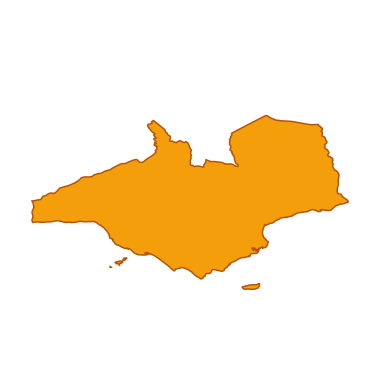 Salima, Salima, Malawi (Equal Earth projection), rotated 100°
{"feature_id": "42251766B16377643813547", "entity_name": "Salima", "entity_type": "district", "adm_level": 2, "iso_a3": "MWI", "parent_name": "Malawi", "parent_adm1": "Salima", "projection": "equal_earth", "projection_center": [34.375, -13.765], "detail": "fine", "context": "isolated", "style": "filled", "palette": "amber", "viewbox_px": 384, "rotation_deg": 100, "n_neighbors": 0, "source": "geoboundaries", "source_scale": "gbopen_adm2", "svg_char_len": 6080}
<svg xmlns="http://www.w3.org/2000/svg" viewBox="0 0 384 384"><g transform="rotate(100 192 192)"><path d="M249.7,343.8L248.4,339.8L247.8,333.5L246.7,330.0L245.7,325.1L244.3,322.0L243.5,318.4L243.8,316.0L243.5,315.6L243.9,313.5L243.9,310.6L243.0,308.0L243.0,305.1L242.1,301.9L240.2,297.0L240.0,292.5L239.0,288.3L238.1,283.3L238.2,282.6L238.7,280.7L240.2,278.0L240.9,275.6L242.7,272.3L245.6,268.7L247.9,266.6L249.9,265.5L251.6,264.9L252.0,264.1L251.8,263.1L252.2,261.9L252.4,261.6L252.9,262.0L253.3,261.5L253.8,261.5L254.5,260.1L255.9,259.2L257.1,257.1L257.1,255.6L257.7,253.4L258.6,251.5L258.5,250.5L259.1,249.3L259.0,246.0L259.3,245.0L259.1,245.0L258.8,246.0L258.6,246.1L258.5,245.8L259.0,244.1L258.8,243.2L261.9,238.5L262.5,236.9L263.1,234.2L262.5,228.7L261.8,225.8L260.5,223.6L260.1,223.4L259.6,224.6L260.0,224.9L259.9,225.6L260.2,226.3L260.1,226.6L259.6,226.1L260.2,227.3L260.3,227.5L260.0,227.5L259.4,226.4L259.5,224.1L260.1,223.0L260.6,220.1L261.3,217.8L263.0,213.8L269.6,201.1L270.6,200.0L272.7,196.3L272.5,195.3L271.0,194.9L270.6,194.5L270.2,193.1L269.2,191.3L269.0,190.2L268.1,188.9L268.2,186.8L269.0,182.7L270.9,178.3L273.4,174.6L274.5,172.3L274.7,170.7L276.0,168.2L275.6,167.0L275.0,166.3L273.7,166.0L273.3,165.3L272.8,165.1L272.6,164.5L271.9,164.7L270.0,164.0L268.9,160.1L267.3,159.1L265.4,158.8L264.8,158.3L264.6,157.0L264.9,150.1L264.8,148.6L264.4,147.7L263.7,146.8L261.6,146.3L260.1,144.4L259.1,144.2L256.8,142.1L256.1,141.8L256.7,142.6L256.7,142.9L256.2,142.7L253.8,139.9L253.5,139.0L251.7,136.5L249.6,134.2L248.1,131.6L247.7,130.7L247.6,129.6L246.5,127.3L245.5,124.1L245.3,124.0L245.4,124.6L245.0,124.9L244.8,124.3L243.2,123.5L242.4,122.6L241.0,117.4L239.1,116.2L237.1,116.0L237.0,116.3L237.4,116.6L238.6,117.2L238.9,118.6L238.8,118.9L238.6,118.9L237.8,119.5L237.7,120.2L237.9,120.3L237.8,120.8L237.9,121.3L238.5,121.0L238.7,121.5L238.1,122.3L237.3,121.0L237.1,121.0L237.0,121.3L237.4,121.6L237.4,122.6L236.8,123.8L236.8,122.5L236.2,121.1L236.4,120.6L237.8,119.2L237.3,117.6L235.6,116.1L235.5,114.9L233.8,113.3L233.9,113.0L235.1,112.6L234.4,111.7L233.9,109.9L231.6,108.7L227.8,108.3L227.5,108.4L227.0,110.1L226.6,110.5L226.1,110.6L225.5,111.8L225.0,112.1L224.9,112.7L224.1,113.5L221.8,114.9L219.7,115.6L216.2,115.6L213.7,115.0L212.2,115.0L211.5,114.4L212.2,114.0L212.3,113.7L210.9,112.1L210.6,111.3L209.5,109.9L208.6,107.5L207.4,106.0L205.9,105.0L204.8,103.1L202.1,99.8L200.9,96.4L200.5,94.2L199.8,93.2L199.5,92.1L198.6,90.4L198.3,89.2L197.7,88.8L194.8,85.2L194.1,83.8L191.1,74.5L189.1,71.9L188.4,70.5L188.5,67.4L189.4,64.0L188.4,61.7L187.7,61.2L187.2,62.0L186.8,61.3L186.8,56.4L186.3,52.8L185.2,51.6L180.9,48.2L178.4,44.2L177.2,40.6L175.6,38.0L175.0,36.0L175.0,36.8L174.6,36.5L173.2,37.3L170.7,42.5L168.4,45.0L168.2,47.5L167.4,48.8L166.4,49.2L163.1,49.5L158.7,49.1L155.9,49.9L154.4,50.0L154.2,50.3L152.4,50.0L149.5,50.2L148.1,51.1L146.7,52.5L145.9,53.8L145.5,55.4L143.2,57.6L141.9,58.0L139.9,57.8L138.0,59.2L136.2,58.7L135.1,59.1L134.1,60.1L134.0,60.7L134.2,61.3L133.2,62.1L132.9,63.9L132.6,64.4L131.5,64.8L130.3,64.0L129.2,64.0L126.7,66.2L126.3,68.3L125.4,68.8L124.0,68.9L122.3,69.5L120.2,67.8L118.9,67.9L117.6,69.3L115.4,70.5L114.7,71.6L114.0,73.9L112.3,73.7L110.7,74.1L109.9,75.3L109.1,75.1L108.8,74.5L106.5,74.8L106.5,76.0L105.2,76.9L104.9,78.7L103.6,79.1L105.2,87.1L105.2,106.3L106.3,115.6L106.6,121.9L105.3,127.7L103.8,131.4L103.9,132.2L104.7,133.8L126.8,162.7L127.5,163.2L128.8,162.6L130.8,163.5L132.4,163.3L133.8,164.2L135.2,163.5L136.1,163.7L138.4,163.3L139.7,162.0L140.8,161.6L143.9,161.9L145.5,159.5L146.6,159.7L147.0,158.9L149.5,157.3L150.7,156.1L152.3,155.9L155.9,154.0L156.6,153.4L156.8,152.1L157.1,151.5L157.9,151.1L158.4,151.2L159.0,151.8L158.9,153.4L158.8,154.3L157.9,156.1L157.6,157.8L157.8,159.8L158.6,163.3L157.7,168.3L158.1,175.3L158.8,178.5L157.8,183.8L160.1,183.6L163.0,184.9L165.4,184.8L165.6,185.9L165.3,189.4L165.9,192.8L166.6,193.7L166.6,194.4L166.4,194.9L165.6,195.6L165.9,196.8L165.5,198.4L163.5,198.6L161.7,199.3L159.1,198.7L157.7,199.3L156.1,198.9L154.3,200.1L150.8,200.0L148.1,202.4L146.9,202.8L144.3,204.8L143.4,206.7L144.7,208.1L144.2,210.8L143.7,211.9L143.6,212.8L143.7,213.4L144.5,214.1L144.9,215.0L146.2,215.9L145.9,218.1L145.3,220.3L145.8,222.4L145.7,223.0L142.5,222.6L140.8,223.2L140.0,225.3L139.0,226.5L138.1,226.9L137.4,228.6L136.2,229.0L135.1,230.0L128.6,241.7L128.3,242.2L128.4,242.8L129.1,243.0L129.8,244.0L131.2,243.4L132.4,245.2L132.8,246.8L134.1,247.2L135.3,246.7L138.7,243.0L140.0,241.2L140.9,238.8L141.1,238.7L142.6,239.6L143.8,238.4L145.0,236.6L145.9,238.7L146.4,238.9L148.5,236.4L149.6,237.2L150.0,237.2L150.3,235.7L151.0,236.2L151.6,237.4L152.2,237.4L153.1,236.3L152.7,234.8L153.3,234.2L154.1,234.6L155.2,234.0L157.7,235.3L158.6,234.4L159.0,234.4L160.7,235.5L163.4,237.8L168.3,243.2L170.1,244.5L171.4,246.2L171.7,247.2L171.7,248.8L169.7,251.8L169.8,252.8L170.6,255.0L173.7,260.0L175.6,262.6L176.1,265.4L176.7,266.9L178.9,270.1L183.1,275.5L184.0,275.8L186.4,281.0L189.3,284.7L189.7,285.6L190.0,287.5L192.6,292.0L194.2,293.1L195.2,296.5L195.8,300.5L196.9,303.0L197.2,303.5L198.7,304.3L201.1,306.4L203.6,309.3L207.2,314.8L211.0,322.8L214.6,325.1L216.8,326.8L217.6,328.9L217.3,329.8L217.9,331.8L218.7,333.2L220.4,334.8L222.3,338.4L224.6,338.9L225.7,339.9L226.3,341.1L226.6,342.6L228.0,345.8L228.6,348.0L230.5,346.6L233.7,345.3L235.0,345.1L238.7,346.0L240.1,346.0L243.1,344.6L244.9,344.3L247.1,344.8L249.7,343.8ZM277.2,126.0L278.4,124.5L278.6,123.1L278.6,122.4L277.9,120.8L277.5,116.6L276.7,113.2L274.9,110.1L272.7,109.3L270.9,109.4L270.5,109.8L270.6,110.2L272.1,112.4L273.4,118.6L276.6,125.8L277.2,126.0ZM273.3,248.0L272.2,248.4L272.2,249.3L272.5,249.9L272.4,251.1L273.2,252.2L273.3,253.2L273.8,253.9L273.8,254.4L274.3,254.4L274.7,255.3L275.7,254.2L275.5,252.7L275.6,251.8L276.5,251.1L276.7,250.7L275.3,250.9L274.6,249.9L274.6,249.3L273.6,248.8L273.3,248.0ZM271.0,247.5L270.9,246.7L270.4,246.0L269.2,245.3L268.9,244.8L268.3,245.0L268.9,247.5L269.8,247.6L270.7,248.2L271.0,247.5ZM280.2,259.8L280.4,258.8L280.2,258.4L279.8,258.9L279.7,259.8L280.2,259.8Z" fill="#f59e0b" stroke="#b45309" stroke-width="1.5"/></g></svg>